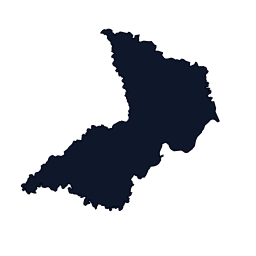 the district of José Batlle y Ordóñez, Lavalleja, Uruguay, rotated 197°
{"feature_id": "84410073B85755445847609", "entity_name": "José Batlle y Ordóñez", "entity_type": "district", "adm_level": 2, "iso_a3": "URY", "parent_name": "Uruguay", "parent_adm1": "Lavalleja", "projection": "robinson", "projection_center": [-55.068, -33.521], "detail": "fine", "context": "isolated", "style": "filled", "palette": "ink", "viewbox_px": 256, "rotation_deg": 197, "n_neighbors": 0, "source": "geoboundaries", "source_scale": "gbopen_adm2", "svg_char_len": 5830}
<svg xmlns="http://www.w3.org/2000/svg" viewBox="0 0 256 256"><g transform="rotate(197 128 128)"><path d="M43.1,161.3L49.8,169.0L50.2,172.4L53.8,178.0L55.3,177.2L56.5,177.5L57.5,178.7L56.5,181.2L57.8,181.4L58.9,180.7L60.4,180.6L61.8,182.2L61.4,183.5L60.7,184.6L59.7,185.2L59.4,186.4L59.8,187.6L60.6,187.6L61.8,186.8L62.2,188.1L61.5,189.2L62.2,189.6L64.9,188.7L65.9,189.3L65.9,190.4L64.0,191.2L64.0,192.0L64.5,192.8L64.2,194.3L65.2,194.8L66.3,193.8L67.0,194.2L67.1,196.0L68.3,197.3L68.4,198.9L69.9,201.8L68.4,204.2L68.2,205.5L70.0,206.3L70.3,207.3L71.3,208.3L74.2,208.6L74.8,207.9L76.3,207.8L77.9,207.0L79.3,207.5L81.5,210.3L82.3,210.4L82.7,207.9L86.1,205.0L87.1,204.9L87.8,205.6L88.3,208.4L92.5,208.5L95.0,209.5L96.7,209.3L98.2,207.3L98.9,207.1L99.3,207.4L101.4,207.3L102.7,206.3L103.5,206.9L105.8,207.3L107.3,207.1L109.8,205.5L112.2,204.6L114.3,205.1L117.5,207.5L117.7,208.5L117.0,209.0L117.2,209.9L121.7,210.0L124.1,209.2L125.4,210.0L125.0,213.2L125.6,214.8L127.0,214.7L131.0,217.3L133.4,216.3L138.3,215.4L141.4,213.3L142.6,213.4L143.8,214.4L144.0,216.1L144.6,217.0L144.7,219.8L147.8,218.3L147.7,215.7L148.6,215.0L150.0,214.9L150.8,215.3L150.8,217.8L154.2,219.6L155.4,219.4L155.5,218.5L156.5,217.8L163.0,217.4L163.9,216.9L164.1,216.1L166.7,214.9L166.9,213.9L167.6,213.2L168.7,213.0L169.4,214.0L171.3,214.4L171.8,215.1L171.8,216.2L173.0,216.7L174.5,216.8L176.2,216.3L177.4,215.0L179.0,215.0L179.8,214.5L180.7,213.4L181.6,211.2L181.4,211.0L179.7,211.7L177.6,210.8L176.7,211.6L174.1,210.2L173.8,208.1L172.3,206.9L169.3,205.6L168.6,203.7L166.2,201.7L166.5,200.0L165.7,198.1L165.7,196.7L162.7,195.9L162.7,194.9L164.1,192.4L164.2,191.3L161.8,191.0L161.1,190.1L160.4,188.5L161.3,185.4L160.6,184.3L159.3,183.6L157.5,183.3L156.0,182.3L155.4,181.6L156.3,179.4L155.1,178.7L153.6,179.7L153.2,179.5L152.5,177.0L151.6,175.6L149.7,176.2L148.5,175.1L147.4,175.7L146.5,174.8L146.5,173.8L147.3,171.9L147.0,171.1L144.3,169.9L143.9,169.2L144.8,165.8L144.4,165.2L143.3,164.9L141.2,164.9L141.0,164.0L139.1,163.2L138.9,162.6L140.0,161.9L140.2,161.2L139.7,160.0L140.1,158.1L138.4,157.6L137.8,156.0L136.2,154.5L136.3,153.6L133.7,151.5L133.7,150.3L132.2,148.9L131.3,145.9L132.1,144.9L131.9,143.9L131.0,143.3L130.7,141.9L131.3,140.7L129.6,138.6L129.4,135.9L130.0,135.4L129.9,134.5L131.5,132.7L136.1,132.5L136.4,131.7L137.7,131.5L142.5,126.5L142.9,124.8L142.7,123.3L143.0,122.5L144.9,122.1L145.4,121.0L146.3,120.6L147.0,121.4L148.4,122.2L150.3,122.3L151.2,122.0L152.6,123.1L153.9,122.9L153.7,122.1L153.9,121.4L156.2,121.0L158.8,119.0L160.1,119.9L161.7,120.1L163.0,119.6L163.0,118.4L162.2,117.3L162.2,116.5L163.2,115.5L165.2,115.6L166.2,115.0L166.2,113.6L165.2,111.9L166.1,111.2L166.5,110.4L165.7,109.4L166.7,108.4L168.7,108.7L169.4,107.6L168.8,105.9L168.9,105.1L168.4,104.1L168.7,102.0L173.0,101.4L173.3,99.8L175.8,99.3L176.2,96.2L178.4,92.5L179.2,90.0L181.7,86.6L180.6,84.6L180.8,83.5L183.4,81.0L186.9,80.7L188.6,79.0L189.7,78.8L191.9,79.5L193.2,78.5L194.2,77.1L194.6,75.6L194.5,74.1L194.8,72.5L195.7,71.2L195.9,68.9L197.8,68.6L199.6,66.3L198.9,64.9L198.7,62.6L200.5,59.2L202.6,58.2L203.1,57.5L203.1,55.7L202.4,53.9L202.9,53.6L204.0,53.7L206.0,55.0L207.0,54.9L207.8,54.4L208.2,53.7L207.4,52.9L207.4,51.8L208.4,50.5L208.3,47.0L209.0,46.5L209.1,44.1L211.0,44.1L212.2,43.3L212.9,42.0L212.5,41.1L211.3,40.8L210.2,39.7L210.8,38.3L209.9,37.7L209.2,38.5L209.2,39.4L208.4,40.3L207.8,39.0L205.7,37.1L204.2,36.2L203.3,36.3L202.8,37.9L202.0,38.8L198.7,38.6L197.5,39.1L199.2,40.6L197.7,43.2L198.4,44.8L197.8,45.9L195.7,45.8L195.2,46.1L195.1,47.0L195.5,49.0L195.2,50.0L194.3,49.6L193.2,47.3L192.0,46.8L190.4,46.9L189.3,47.5L188.9,48.2L186.1,48.9L183.1,46.8L180.9,47.2L180.0,46.6L178.9,46.6L178.1,47.9L178.5,49.3L178.4,50.5L177.5,51.6L176.9,53.7L176.1,54.2L175.5,54.1L173.9,52.9L173.5,51.7L172.5,51.3L171.7,52.0L171.0,53.7L169.7,55.3L169.7,57.0L168.2,57.9L165.9,57.5L165.0,55.9L163.2,54.1L163.7,52.9L164.6,52.8L166.3,53.8L167.3,53.1L167.3,52.6L166.2,51.3L166.0,50.5L164.8,49.2L163.1,49.2L162.1,49.7L160.5,49.4L157.4,50.1L154.9,49.0L154.5,49.6L153.6,49.8L152.9,49.3L152.8,48.2L152.2,48.1L149.4,50.3L148.1,50.5L147.6,48.9L148.3,46.6L148.1,44.1L147.8,42.5L147.3,42.0L146.0,41.9L144.9,43.7L142.9,44.8L143.0,45.5L144.6,45.9L144.1,48.0L142.9,47.8L140.7,45.8L139.5,46.0L139.2,45.4L139.6,44.6L139.3,44.1L138.1,43.0L136.5,42.8L135.3,41.5L134.9,42.2L135.5,43.8L135.0,44.4L134.7,46.5L134.3,47.0L131.5,47.4L130.8,46.7L130.0,46.6L128.0,47.3L126.9,46.8L126.0,45.0L124.0,45.2L123.2,46.2L121.8,45.4L121.5,44.3L120.9,44.0L120.0,44.9L120.7,45.9L120.9,46.8L118.8,47.6L119.0,48.8L118.1,49.0L117.3,48.0L116.1,47.7L115.6,48.7L114.4,49.5L114.3,50.2L114.0,50.3L113.1,49.3L112.9,48.2L112.2,46.9L111.6,47.1L110.2,48.8L110.0,50.9L110.6,52.0L109.7,53.2L109.8,54.2L109.6,55.1L110.1,56.9L109.3,57.0L108.1,56.5L107.4,56.8L106.4,56.8L105.8,58.1L106.6,59.0L106.5,60.8L107.9,61.3L108.1,62.6L106.3,64.3L105.8,65.2L106.0,66.4L105.8,66.9L106.9,66.9L107.5,67.5L107.9,69.8L108.4,70.7L108.0,71.2L108.0,73.2L107.6,73.3L107.4,74.2L106.5,74.7L106.3,75.4L107.8,75.9L108.6,77.7L109.5,78.1L110.9,79.6L109.9,82.5L109.5,82.9L109.7,84.1L108.6,85.1L108.5,85.7L107.0,85.7L106.9,85.1L105.5,85.1L104.8,85.5L104.5,84.6L103.6,84.0L103.8,83.5L103.0,83.1L102.6,83.5L101.7,83.1L101.2,83.4L99.8,86.0L98.4,85.8L98.3,86.5L97.6,87.4L96.9,92.2L97.0,93.8L96.0,95.6L95.6,98.1L92.2,99.6L90.3,100.9L88.6,103.0L87.6,106.8L88.2,108.2L88.3,109.4L87.9,110.2L86.5,111.5L86.7,111.9L89.1,109.9L89.7,109.9L91.1,113.4L91.2,115.1L90.6,120.2L91.2,122.7L88.2,125.5L87.0,125.3L86.1,125.6L85.3,124.7L83.6,124.3L83.3,123.3L81.2,121.0L79.5,120.3L77.4,119.9L71.1,122.6L69.5,122.7L66.6,121.7L65.5,121.7L64.0,122.4L60.9,126.8L59.5,130.2L60.1,136.3L59.6,139.9L56.7,145.5L57.0,146.1L55.8,149.4L55.7,153.1L52.6,158.2L52.5,159.2L50.8,161.0L49.5,161.7L47.3,161.7L44.3,160.4L43.6,160.7L43.1,161.3Z" fill="#0f172a" stroke="#020617" stroke-width="1.5"/></g></svg>